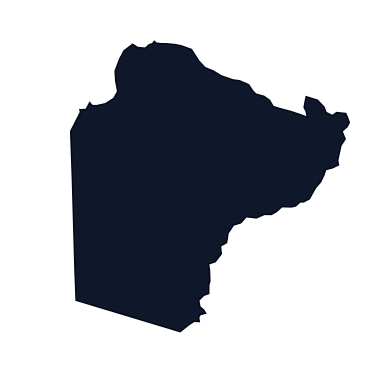 Dierona, Limassol, Cyprus, rotated 16°
{"feature_id": "46923920B57390969123914", "entity_name": "Dierona", "entity_type": "district", "adm_level": 2, "iso_a3": "CYP", "parent_name": "Cyprus", "parent_adm1": "Limassol", "projection": "orthographic", "projection_center": [33.106, 34.816], "detail": "fine", "context": "isolated", "style": "filled", "palette": "ink", "viewbox_px": 384, "rotation_deg": 16, "n_neighbors": 0, "source": "geoboundaries", "source_scale": "gbopen_adm2", "svg_char_len": 1435}
<svg xmlns="http://www.w3.org/2000/svg" viewBox="0 0 384 384"><g transform="rotate(16 192 192)"><path d="M114.3,57.6L113.2,60.3L110.2,62.3L107.6,66.6L99.9,68.1L94.2,66.4L87.8,75.0L85.8,84.3L84.8,97.1L88.2,106.5L92.9,115.8L91.0,123.7L84.5,131.0L76.4,135.4L72.2,136.5L69.0,134.3L67.5,141.8L62.2,143.7L61.6,143.8L62.8,145.9L58.7,167.0L60.3,172.1L73.7,213.3L101.1,299.5L110.1,326.9L110.4,328.0L219.1,329.5L220.1,328.1L225.3,320.7L229.6,315.7L234.7,314.5L232.9,310.7L233.6,307.6L238.5,304.8L235.9,302.3L231.2,300.2L228.3,294.3L231.7,288.1L236.1,284.9L233.7,276.8L233.7,272.7L230.2,262.0L227.7,256.6L233.5,252.7L237.2,243.3L234.2,236.1L239.1,231.2L238.7,226.7L237.9,221.7L239.4,217.4L240.9,212.4L247.4,208.1L250.9,200.8L261.0,199.1L267.8,193.5L274.5,191.7L278.8,187.2L282.4,181.3L291.7,178.9L295.5,176.8L298.7,171.6L301.9,170.8L306.7,166.2L309.5,154.0L312.8,146.9L314.1,139.2L314.3,133.6L320.4,130.0L325.3,125.6L323.3,121.4L322.9,115.3L322.3,106.3L324.6,98.8L319.4,92.3L323.1,86.4L324.0,81.8L320.5,77.0L318.1,74.2L309.1,75.8L305.9,79.9L298.9,78.6L295.5,74.0L287.3,69.2L275.5,68.9L275.8,73.4L276.5,79.8L279.6,83.1L282.4,88.5L276.5,87.9L264.9,87.4L253.4,87.6L246.5,87.5L241.1,82.4L234.7,80.2L226.3,80.3L222.2,77.9L216.9,73.3L207.1,72.0L200.2,73.0L187.9,72.3L179.2,69.9L170.2,68.9L162.6,64.3L157.4,59.8L152.2,55.2L142.0,54.5L135.6,54.9L126.4,56.6L121.1,58.1L116.7,58.8L114.3,57.6Z" fill="#0f172a" stroke="#020617" stroke-width="1.5"/></g></svg>